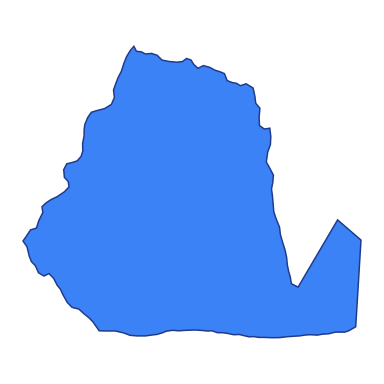 Cajazeirinhas, Paraíba, Brazil (Equal Earth projection)
{"feature_id": "56859067B75006307595902", "entity_name": "Cajazeirinhas", "entity_type": "district", "adm_level": 2, "iso_a3": "BRA", "parent_name": "Brazil", "parent_adm1": "Paraíba", "projection": "equal_earth", "projection_center": [-37.807, -6.945], "detail": "fine", "context": "isolated", "style": "filled", "palette": "blue", "viewbox_px": 384, "rotation_deg": 0, "n_neighbors": 0, "source": "geoboundaries", "source_scale": "gbopen_adm2", "svg_char_len": 1912}
<svg xmlns="http://www.w3.org/2000/svg" viewBox="0 0 384 384"><path d="M209.6,67.3L203.4,65.6L198.0,68.3L193.8,64.5L191.0,60.0L186.5,58.5L182.5,61.5L177.0,62.2L169.2,61.5L162.0,60.1L157.2,55.3L151.5,53.4L145.4,54.0L141.3,51.8L136.4,51.3L133.9,46.3L130.4,50.3L126.6,56.6L123.8,63.6L121.4,71.2L118.3,77.1L115.8,83.5L113.5,90.0L114.4,97.5L111.4,104.4L104.6,108.6L96.8,110.6L91.3,112.3L87.8,117.4L84.8,124.5L84.1,130.0L84.1,135.8L82.6,143.5L82.8,150.9L81.1,156.4L77.1,160.9L72.5,162.4L66.7,163.8L63.7,169.7L64.4,177.4L68.2,181.5L69.0,187.0L64.1,192.0L57.1,196.7L51.0,199.6L46.0,202.9L42.0,206.7L42.8,212.6L38.9,220.4L36.4,228.1L30.5,229.9L26.9,235.4L23.0,241.0L27.0,246.8L29.2,256.0L31.4,261.6L35.5,265.9L38.5,272.8L44.0,276.0L49.0,273.6L53.6,278.3L57.3,285.4L60.4,289.2L63.0,294.8L67.3,302.5L72.1,307.4L78.9,309.1L84.1,313.9L88.9,317.7L93.1,322.1L99.2,330.8L107.7,331.0L115.3,331.0L123.6,332.9L130.0,335.3L136.7,335.9L145.6,335.9L152.0,335.0L156.5,334.5L162.2,332.9L166.3,331.2L172.5,330.3L178.3,330.8L186.5,330.3L195.3,330.0L201.3,330.4L207.3,331.0L212.1,330.8L217.4,332.7L222.7,332.7L228.1,333.5L233.6,334.7L239.3,334.5L245.1,335.9L249.0,336.8L253.6,336.6L258.8,337.4L264.5,337.4L268.9,337.6L273.5,337.7L280.0,337.6L286.3,336.8L294.3,336.2L299.6,335.9L304.6,335.1L310.0,334.7L317.3,335.1L322.3,334.2L328.6,333.8L335.6,332.1L340.2,332.1L344.8,332.1L348.7,330.8L355.7,326.8L361.0,240.1L337.6,219.9L298.1,287.1L291.4,283.7L290.2,276.6L288.7,271.6L287.4,265.4L286.6,257.3L285.0,249.8L282.3,241.3L280.4,234.6L279.5,227.1L276.2,219.0L273.8,211.9L273.0,202.3L272.4,195.4L271.5,189.0L272.8,182.5L273.4,175.2L269.9,168.4L266.3,162.0L267.7,152.1L270.4,144.6L270.8,136.5L269.8,128.2L264.3,129.0L259.5,125.6L259.1,117.7L259.9,108.2L255.7,103.2L254.9,96.4L253.1,88.0L246.1,83.8L240.3,85.7L236.5,83.3L232.0,82.5L227.2,80.6L224.4,73.6L219.6,71.6L215.2,70.3L209.6,67.3Z" fill="#3b82f6" stroke="#1e3a8a" stroke-width="1.5"/></svg>